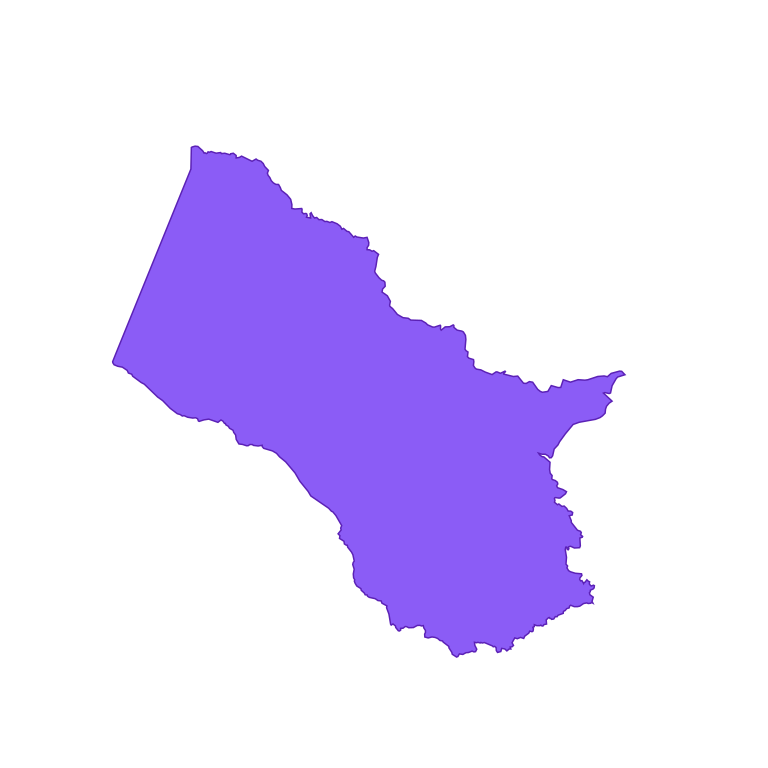 Datem del Marañon, Loreto, Peru (Robinson projection), rotated 313°
{"feature_id": "86281439B19525046252167", "entity_name": "Datem del Marañon", "entity_type": "district", "adm_level": 2, "iso_a3": "PER", "parent_name": "Peru", "parent_adm1": "Loreto", "projection": "robinson", "projection_center": [-76.806, -4.129], "detail": "fine", "context": "isolated", "style": "filled", "palette": "violet", "viewbox_px": 768, "rotation_deg": 313, "n_neighbors": 0, "source": "geoboundaries", "source_scale": "gbopen_adm2", "svg_char_len": 6158}
<svg xmlns="http://www.w3.org/2000/svg" viewBox="0 0 768 768"><g transform="rotate(313 384 384)"><path d="M460.1,300.3L464.5,297.9L472.0,292.8L475.1,291.6L474.5,285.5L472.9,284.7L472.4,282.1L470.7,280.0L472.3,278.6L474.9,278.2L477.1,276.4L479.7,271.6L476.7,269.4L473.0,263.9L472.6,262.0L470.6,261.8L471.4,254.4L470.4,252.8L470.2,248.3L468.5,247.7L469.6,244.4L469.2,240.4L467.2,235.2L465.2,234.3L464.0,231.3L462.5,230.0L461.9,226.4L459.8,224.3L459.9,221.2L458.0,219.9L458.5,216.7L459.6,213.9L458.1,213.8L455.3,217.1L453.1,213.6L454.9,212.9L455.7,211.4L455.5,210.6L453.6,209.0L453.7,206.8L456.0,204.8L456.2,204.1L451.2,199.5L449.5,196.8L452.4,194.3L455.4,189.8L456.2,184.1L455.6,176.9L457.0,174.1L458.0,170.8L456.2,168.7L455.6,165.9L455.8,162.9L457.1,159.8L457.6,156.8L458.7,154.9L461.4,153.8L461.7,148.4L462.9,145.3L463.0,142.1L461.5,139.0L461.3,137.0L456.9,135.6L453.5,124.4L451.1,123.7L448.5,121.7L450.3,120.0L450.0,116.4L447.8,114.8L447.1,115.1L446.4,114.6L444.2,110.2L441.6,107.9L441.9,106.7L438.3,103.8L436.1,99.0L434.3,98.2L433.8,97.0L432.4,97.3L431.4,96.9L431.0,95.4L430.2,95.0L430.9,92.3L430.8,85.9L429.1,83.6L426.4,82.0L425.6,81.8L409.5,96.2L223.3,167.2L215.3,170.3L214.6,171.2L214.0,173.5L215.4,177.2L217.9,181.2L218.8,186.9L217.7,189.6L219.1,192.8L218.3,194.9L219.5,205.5L220.4,208.8L220.1,227.4L220.9,233.5L220.4,244.3L221.3,253.1L222.7,255.8L223.0,258.3L224.5,259.4L225.8,263.1L228.7,267.4L230.8,269.2L231.5,271.3L230.4,273.4L230.6,274.3L235.0,276.8L238.8,279.8L242.7,288.7L246.5,289.3L247.0,291.5L246.4,294.2L247.0,294.9L246.3,296.2L246.9,299.0L246.3,301.2L247.2,305.2L246.1,307.1L245.5,310.3L242.7,313.7L241.2,318.8L243.3,321.7L245.1,325.6L246.2,326.7L248.3,327.2L250.0,329.1L250.0,330.3L252.8,334.2L256.1,336.7L255.2,337.6L254.9,339.9L259.0,348.1L260.0,352.7L259.5,357.3L260.0,365.2L258.3,379.5L255.5,388.9L253.7,401.7L252.2,406.8L255.4,428.2L255.1,432.4L255.6,433.6L255.0,438.5L251.6,449.6L249.1,450.6L248.0,452.2L243.1,452.6L243.0,455.2L240.7,456.8L241.7,462.0L240.0,464.1L240.4,466.3L241.1,467.2L239.9,468.7L238.9,474.9L237.9,477.7L234.2,483.0L232.5,483.2L230.7,484.2L228.2,488.5L224.1,491.1L221.5,494.0L220.9,496.0L219.5,496.9L218.5,499.0L217.7,501.9L218.6,506.6L217.6,508.1L217.7,512.1L217.0,514.0L218.2,515.5L217.6,516.7L217.9,518.7L221.0,524.0L221.5,527.3L223.4,529.8L222.3,532.0L223.7,537.4L222.1,538.5L219.1,544.5L212.8,552.7L212.6,553.7L214.6,554.2L214.9,557.3L213.9,558.7L213.3,562.8L214.0,563.8L215.4,564.0L216.6,562.8L218.4,564.5L221.1,564.9L222.0,566.1L222.6,568.3L225.9,571.6L230.1,573.0L232.0,574.9L232.6,576.4L234.1,577.5L232.8,579.4L232.0,582.4L230.5,583.8L228.8,584.3L226.8,586.4L228.4,589.5L231.7,591.6L233.5,594.2L234.5,596.8L234.6,599.8L236.0,602.1L235.6,603.3L236.3,610.3L235.3,611.5L234.0,616.6L232.9,618.2L233.8,623.3L235.1,623.9L238.0,623.2L240.0,626.1L243.4,627.2L245.2,628.9L248.7,630.6L249.4,632.5L250.7,633.5L253.3,632.7L254.8,628.7L256.8,626.3L258.0,628.3L259.1,628.8L260.2,631.0L261.1,631.1L261.5,632.4L263.4,633.8L266.4,642.0L266.3,643.1L267.6,643.9L267.7,645.7L265.6,648.0L265.1,650.1L268.0,651.9L270.9,650.4L272.6,653.0L272.6,655.9L275.6,656.3L276.7,657.5L277.6,655.7L279.3,656.9L281.1,657.0L282.1,654.1L287.5,652.8L288.6,655.2L291.8,656.7L293.2,659.7L295.6,658.9L300.5,659.8L302.6,659.1L303.8,661.2L305.0,661.5L306.8,660.3L307.6,658.8L309.1,659.4L310.5,658.1L311.5,660.6L313.7,662.9L314.6,663.1L314.8,664.6L315.5,665.3L317.2,665.1L319.3,666.6L322.1,663.5L325.3,663.7L326.0,664.2L325.7,665.3L326.3,666.1L326.2,667.1L327.9,668.4L330.7,667.9L331.8,669.3L333.6,669.0L338.5,671.5L339.5,670.6L341.2,670.5L341.8,671.0L344.3,670.8L346.5,672.1L348.2,671.2L349.5,671.4L350.9,675.0L353.2,677.4L355.1,678.7L359.6,679.7L362.2,681.6L362.7,683.0L364.5,684.6L365.9,685.0L366.2,686.2L366.9,684.4L370.8,682.4L370.3,678.3L371.4,676.6L372.8,676.5L373.9,675.6L376.9,676.8L378.2,676.7L380.0,675.4L379.7,674.4L377.6,673.3L377.5,672.5L377.8,670.5L379.6,669.2L379.1,668.1L379.2,665.9L376.1,666.2L375.1,665.7L374.2,666.1L375.2,662.9L374.1,662.0L374.6,660.3L375.9,659.5L379.0,659.3L379.9,657.9L376.0,652.9L373.8,648.3L373.4,646.2L374.3,643.2L376.1,642.4L376.4,639.9L381.7,635.7L386.5,629.5L388.4,628.3L389.0,628.3L389.1,629.4L388.0,630.9L388.4,631.8L389.6,631.6L390.5,630.0L391.4,630.3L392.6,631.2L393.9,635.1L397.7,638.7L399.5,638.0L404.9,632.3L407.2,633.5L408.0,633.2L407.9,630.5L409.8,629.7L410.3,628.2L409.0,625.2L410.5,615.4L411.8,614.1L414.0,609.3L416.6,611.0L418.7,609.6L418.4,607.3L416.7,605.3L417.6,602.4L417.6,599.0L415.8,597.6L415.5,593.7L414.0,593.2L413.8,589.3L415.4,588.5L416.4,586.8L417.1,586.5L418.0,587.0L419.9,589.8L420.9,590.6L427.5,591.6L429.7,590.9L428.8,586.8L426.5,581.6L427.3,579.7L429.4,579.3L430.4,577.8L430.2,575.1L429.0,572.4L429.1,571.3L431.7,569.4L432.1,566.4L434.4,563.4L440.0,558.8L439.7,550.6L438.7,549.2L438.3,546.4L438.8,544.2L440.4,547.5L442.7,549.9L443.4,553.3L442.9,555.4L444.2,556.6L446.5,556.3L452.5,552.8L458.0,552.8L461.5,551.8L471.3,550.6L483.4,549.9L489.2,552.9L502.3,562.7L506.8,564.9L509.7,565.5L513.5,565.6L516.8,563.1L519.6,561.9L523.5,561.7L527.0,562.5L527.0,550.7L528.4,551.4L530.5,555.1L531.9,555.8L538.3,552.0L546.0,550.2L548.4,550.1L555.1,553.9L555.4,549.2L554.1,547.5L546.7,542.9L541.7,542.4L540.0,539.5L535.3,535.2L526.0,530.1L523.8,528.3L519.5,523.0L512.5,519.1L509.4,512.2L502.0,515.6L500.1,513.7L496.9,507.4L490.3,508.9L486.0,505.5L485.2,503.4L484.9,500.1L486.7,491.5L484.9,488.7L481.4,487.6L479.7,485.5L481.0,476.4L477.7,473.5L472.9,464.8L473.3,464.3L475.8,464.4L475.9,463.7L471.2,461.8L470.1,458.7L469.3,457.7L464.6,456.6L461.8,450.0L460.4,445.2L457.9,441.4L457.8,439.4L458.5,436.8L461.6,434.5L462.9,432.8L460.8,428.5L460.9,426.4L464.7,423.6L464.3,421.4L464.7,419.5L472.4,413.5L475.1,410.4L476.2,406.6L475.8,404.9L473.3,400.8L473.1,396.5L474.5,395.1L474.4,394.3L470.7,393.0L467.5,389.8L462.4,389.1L462.8,387.7L465.2,385.7L465.3,385.0L460.0,382.1L458.9,380.9L457.0,375.5L457.1,372.9L456.0,368.0L449.0,360.0L448.6,356.9L445.5,352.7L444.0,346.4L445.0,339.0L444.8,335.4L445.5,334.3L448.8,332.3L450.8,326.3L449.9,319.9L452.5,318.2L456.3,318.2L459.1,315.2L459.2,313.4L458.3,311.5L458.3,307.7L459.3,301.8L460.1,300.3Z" fill="#8b5cf6" stroke="#5b21b6" stroke-width="1.5"/></g></svg>